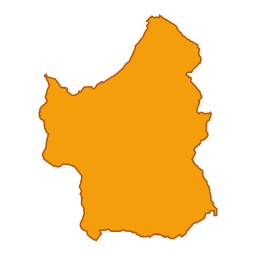 the district of Nehoiu, Buzau, Romania
{"feature_id": "2599482B62990087944995", "entity_name": "Nehoiu", "entity_type": "district", "adm_level": 2, "iso_a3": "ROU", "parent_name": "Romania", "parent_adm1": "Buzau", "projection": "orthographic", "projection_center": [26.301, 45.424], "detail": "fine", "context": "isolated", "style": "filled", "palette": "amber", "viewbox_px": 256, "rotation_deg": 0, "n_neighbors": 0, "source": "geoboundaries", "source_scale": "gbopen_adm2", "svg_char_len": 5759}
<svg xmlns="http://www.w3.org/2000/svg" viewBox="0 0 256 256"><path d="M212.4,201.7L210.9,200.3L210.8,199.9L211.0,197.5L210.5,194.7L209.7,191.8L209.6,188.9L209.0,187.8L208.8,186.2L208.4,185.7L207.2,184.6L207.0,184.1L206.9,183.3L207.0,181.9L204.8,179.1L202.7,175.8L202.9,174.3L202.6,170.8L201.9,170.0L200.2,169.1L198.4,167.5L196.4,165.3L194.6,164.1L194.3,162.7L192.8,161.3L192.8,160.3L192.3,159.5L191.8,159.2L192.9,158.4L194.0,155.6L195.5,153.4L195.3,151.9L194.7,151.3L194.4,150.7L193.6,150.1L193.7,149.8L194.4,149.4L194.9,148.2L195.3,147.4L195.9,147.0L196.0,146.6L197.0,146.4L198.0,145.1L199.2,144.9L199.4,144.6L199.5,143.7L200.4,143.1L200.5,142.0L200.9,140.7L202.9,139.8L204.5,139.6L205.0,139.1L205.1,138.6L207.2,136.8L207.7,135.8L207.8,135.2L207.8,133.4L206.1,130.9L206.5,126.7L206.4,125.8L206.1,125.1L206.2,124.4L206.4,123.6L207.2,121.6L208.8,120.6L209.5,119.6L209.8,118.0L210.3,117.2L210.4,116.1L211.0,114.7L211.1,113.6L210.5,112.4L209.7,113.3L206.9,113.4L205.4,113.7L203.4,113.3L202.0,112.3L200.2,112.6L199.7,113.0L199.4,113.7L199.0,113.7L198.5,113.5L197.9,112.7L196.7,111.6L198.0,106.3L199.1,103.9L199.3,101.2L198.8,100.7L200.7,98.8L201.8,96.8L201.8,96.5L200.6,94.3L200.0,92.0L199.3,90.7L198.7,90.5L195.6,86.5L193.8,84.7L193.8,84.4L192.9,83.8L191.8,82.4L191.4,82.1L190.7,82.0L191.2,77.9L190.1,77.3L188.4,77.1L188.5,76.1L187.9,76.1L187.3,75.3L186.2,75.0L186.8,73.4L186.8,72.6L188.8,72.3L190.5,72.2L190.8,72.4L191.9,71.9L192.1,71.2L191.9,71.0L194.1,68.3L197.4,65.4L197.7,65.4L198.5,64.0L199.0,63.5L200.1,63.0L199.6,62.8L200.0,62.4L200.7,61.0L200.9,60.3L201.0,58.7L200.3,56.9L198.9,55.0L198.9,53.3L198.5,52.4L199.7,49.7L199.7,49.4L198.8,48.2L197.9,47.7L197.7,45.0L197.5,44.7L194.3,43.1L192.3,41.6L190.0,40.9L189.7,40.8L189.2,39.7L187.1,39.0L184.5,36.5L183.9,36.1L182.8,36.0L181.2,33.1L177.8,30.0L177.2,28.1L176.6,27.0L176.2,26.2L174.9,25.0L171.9,23.4L166.6,19.9L164.8,19.2L161.9,17.2L161.6,16.4L160.5,16.1L159.6,15.4L159.4,16.4L158.7,17.1L159.0,17.5L158.7,17.6L156.3,17.1L155.7,17.7L155.0,17.5L154.1,17.7L152.4,16.4L151.8,16.2L151.4,16.4L151.2,17.3L150.1,17.5L149.4,18.2L148.8,19.2L147.6,20.0L146.7,21.1L148.0,21.3L148.5,21.6L148.8,22.2L148.7,23.7L146.7,25.5L147.8,28.1L147.1,29.4L146.1,30.2L145.8,30.8L144.9,32.8L143.9,34.3L143.9,35.0L142.8,37.2L140.0,40.5L138.4,43.3L136.7,44.2L135.6,45.7L135.2,47.7L134.7,48.7L134.6,49.9L133.8,51.8L133.3,52.5L133.1,53.5L132.6,53.9L132.7,54.3L130.1,59.3L129.7,60.7L129.2,61.4L128.5,62.2L127.3,62.7L125.8,64.1L123.0,68.2L117.1,73.5L113.3,76.3L111.8,76.8L110.4,78.0L108.4,79.1L102.9,82.9L102.7,82.0L102.4,81.8L101.3,81.8L99.8,82.7L99.3,83.3L97.0,84.7L95.6,87.2L94.2,88.8L93.2,88.7L92.2,87.6L92.1,87.2L91.1,86.8L90.3,87.0L89.2,86.8L84.2,87.1L82.8,88.7L82.2,89.7L81.7,91.0L81.1,91.5L80.1,92.0L79.4,91.3L78.7,91.4L78.6,92.9L77.7,94.0L74.6,95.1L72.8,95.4L71.5,94.8L70.7,94.2L69.7,93.9L69.1,92.9L67.3,91.8L67.2,90.9L67.6,89.4L66.3,88.0L65.5,87.5L64.8,88.0L63.4,87.4L62.7,87.9L61.7,87.5L59.3,85.0L58.4,83.0L57.4,82.2L56.6,80.8L54.9,78.9L53.9,78.8L53.1,78.4L48.7,77.3L46.8,76.1L46.0,74.4L45.0,75.2L44.4,75.9L45.9,77.4L46.8,79.0L46.9,79.8L47.5,80.9L48.4,82.2L48.7,84.1L49.2,85.5L49.2,86.5L48.2,87.9L47.2,90.1L46.9,90.8L47.0,91.9L46.4,93.2L46.6,94.3L46.0,94.9L45.3,96.6L45.5,97.6L46.4,99.1L46.9,99.4L46.7,102.4L45.4,103.1L44.3,104.7L43.8,105.1L42.5,105.5L41.9,106.6L41.0,107.3L39.9,109.4L39.6,110.6L39.7,111.1L40.2,111.7L40.2,112.0L39.5,112.4L39.1,112.9L39.3,114.9L39.9,115.6L39.5,116.5L39.9,117.5L41.4,119.5L42.6,119.8L43.9,120.8L43.6,121.4L44.5,122.5L44.2,125.4L44.5,126.1L44.5,127.0L44.7,128.3L45.4,129.3L46.4,132.0L47.5,132.9L48.3,133.9L48.3,134.5L47.9,135.1L47.9,136.2L47.0,138.6L46.9,139.4L47.3,140.3L46.4,142.4L46.3,143.3L45.9,148.4L44.2,150.3L44.0,151.0L42.8,153.5L42.5,154.8L42.5,155.8L43.9,157.3L43.8,158.7L45.2,160.2L51.2,164.5L52.2,164.8L53.4,166.1L55.8,166.2L57.9,167.0L59.4,166.4L60.2,166.5L62.8,164.1L68.9,164.4L73.1,166.2L75.1,166.8L76.0,168.7L77.5,170.0L78.9,172.5L80.6,173.8L81.4,175.5L81.9,176.9L81.8,177.4L81.6,178.9L80.5,183.8L79.5,186.4L79.6,187.5L80.7,188.9L81.3,190.7L81.5,191.8L80.4,193.2L80.2,194.0L81.4,195.4L81.4,197.3L82.2,198.2L81.7,198.6L81.7,199.0L82.0,199.6L81.5,201.1L81.6,204.8L82.8,206.2L83.9,208.5L83.8,210.3L84.4,212.8L84.1,214.2L83.3,216.1L82.7,218.8L80.7,222.6L80.3,224.3L80.3,225.7L81.1,227.7L82.6,229.5L83.4,230.0L86.7,231.2L87.4,234.2L87.8,235.0L88.4,235.8L89.4,236.3L90.4,237.5L92.3,238.4L93.1,239.3L95.3,240.0L96.3,240.6L98.7,236.9L99.4,236.2L100.1,234.9L101.1,234.4L101.2,234.0L100.9,232.8L99.5,230.6L101.1,230.1L103.5,230.3L105.5,229.8L106.7,229.9L108.3,229.3L109.3,229.7L109.5,230.0L110.2,230.6L111.6,231.2L112.4,231.2L112.9,231.4L115.5,231.3L116.4,230.9L117.5,231.3L120.0,231.2L120.6,231.1L121.6,230.4L123.0,229.9L124.4,230.1L126.4,231.1L131.3,231.2L131.8,232.0L132.5,232.6L133.4,232.1L134.1,232.5L135.7,232.5L136.1,233.1L136.3,233.9L141.2,236.5L142.3,236.7L145.7,236.7L146.1,236.9L147.9,235.9L148.7,236.5L150.4,237.0L150.9,235.8L152.4,235.5L153.0,234.5L154.6,234.0L154.9,234.0L155.2,234.5L155.7,234.6L157.0,234.0L157.8,234.1L158.2,234.4L158.2,234.7L158.4,235.0L158.6,234.9L158.8,234.4L159.1,234.2L159.5,234.4L160.1,234.5L162.9,236.2L163.2,236.3L163.7,235.9L163.9,236.2L163.9,236.8L164.6,237.2L166.4,237.0L167.6,236.1L169.4,237.8L172.0,238.6L173.5,238.6L180.1,234.6L181.5,236.8L181.9,236.7L183.1,235.9L184.4,234.6L184.8,234.7L185.9,233.5L186.7,231.0L187.1,230.5L188.2,230.2L188.7,229.1L189.0,228.8L189.1,228.3L190.8,226.8L191.2,226.2L191.6,226.1L192.0,225.1L192.9,224.3L193.2,223.7L195.4,222.7L196.2,222.7L196.9,222.0L198.1,222.0L204.1,218.4L204.9,217.1L205.5,214.2L206.0,213.5L209.8,213.0L209.7,211.1L213.9,210.5L214.2,215.6L216.8,215.2L216.6,212.1L216.9,209.1L213.7,205.8L213.5,204.9L213.1,204.2L213.1,202.9L212.4,201.7Z" fill="#f59e0b" stroke="#b45309" stroke-width="1.5"/></svg>